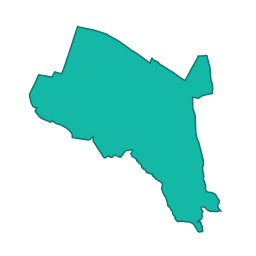 outline of Miguel Hidalgo, Distrito Federal, Mexico, rotated 277°
{"feature_id": "50627088B27674873291342", "entity_name": "Miguel Hidalgo", "entity_type": "district", "adm_level": 2, "iso_a3": "MEX", "parent_name": "Mexico", "parent_adm1": "Distrito Federal", "projection": "natural_earth1", "projection_center": [-99.216, 19.43], "detail": "fine", "context": "isolated", "style": "filled", "palette": "teal", "viewbox_px": 256, "rotation_deg": 277, "n_neighbors": 0, "source": "geoboundaries", "source_scale": "gbopen_adm2", "svg_char_len": 5628}
<svg xmlns="http://www.w3.org/2000/svg" viewBox="0 0 256 256"><g transform="rotate(277 128 128)"><path d="M137.6,31.1L136.9,35.0L133.6,33.8L131.5,35.4L129.9,37.5L129.4,38.0L128.5,38.6L128.3,38.6L128.1,40.0L127.9,40.6L127.8,40.8L127.5,40.8L127.1,40.7L124.3,50.5L126.1,51.6L123.6,56.3L123.4,58.4L123.0,60.6L121.8,63.4L120.9,66.1L119.0,69.2L118.0,70.6L116.8,72.0L115.7,72.7L114.5,73.5L113.2,73.7L112.1,73.9L111.7,73.9L111.7,77.0L111.4,82.9L111.3,89.6L111.5,90.5L111.7,90.9L111.9,91.4L112.5,92.2L113.2,92.8L115.0,93.9L115.1,94.0L115.3,94.3L115.2,94.4L114.2,94.6L112.6,94.9L111.4,95.0L110.5,95.3L109.8,95.9L107.8,97.6L104.6,100.2L96.2,107.3L95.7,107.8L95.6,108.1L95.6,108.5L95.6,109.0L97.6,111.3L97.5,112.7L96.8,115.0L96.9,115.3L97.0,115.7L97.2,116.0L97.4,116.3L99.0,117.4L99.4,117.7L99.5,118.0L99.5,118.5L99.0,120.8L98.5,121.9L98.2,122.8L98.1,123.5L98.1,123.8L98.2,124.1L98.4,124.3L98.8,124.7L101.4,126.1L104.6,128.1L105.0,128.4L105.2,128.6L105.3,128.8L105.4,129.1L105.5,129.4L106.0,131.6L106.3,132.6L106.6,133.5L107.1,133.9L107.1,134.1L107.0,134.3L106.6,134.9L106.4,135.2L106.2,135.6L104.2,134.6L102.8,134.0L102.1,134.5L100.9,135.2L100.4,135.6L100.1,136.0L99.7,136.9L99.2,138.3L98.4,139.6L98.2,139.9L97.8,140.4L97.5,140.6L96.8,140.6L96.4,140.8L96.2,141.0L96.1,141.7L96.2,142.0L95.3,142.3L95.0,142.5L94.9,142.8L94.6,143.1L94.4,143.6L94.1,144.2L94.0,144.4L93.6,144.8L93.1,145.4L92.5,145.6L92.4,145.9L91.7,146.3L91.2,146.3L90.9,146.4L90.4,146.5L90.2,146.7L90.1,146.9L90.0,147.6L89.8,148.2L89.5,148.5L89.3,148.6L88.8,148.8L88.8,149.1L88.7,149.8L88.6,150.1L88.3,150.5L87.8,150.8L87.3,151.0L87.2,151.5L87.1,151.9L86.7,152.0L86.2,151.8L86.0,152.2L86.1,152.8L86.0,153.1L85.8,153.8L85.9,154.3L85.8,154.5L85.7,154.8L85.5,155.6L85.3,155.7L85.3,156.4L84.8,158.5L84.5,158.2L84.2,158.1L83.9,158.1L83.5,158.2L83.3,158.5L83.0,158.9L82.8,159.9L81.2,161.2L80.9,161.6L80.7,162.1L80.2,163.3L79.1,165.4L78.3,167.5L78.0,167.9L77.5,168.3L76.9,168.7L75.4,169.2L74.9,169.1L74.3,169.1L73.0,168.7L72.4,168.7L71.9,168.8L70.6,169.4L67.6,170.8L66.3,172.0L65.6,172.2L64.9,172.6L63.9,174.0L62.3,174.6L59.2,176.0L57.4,176.6L56.5,176.7L55.8,177.0L55.4,177.4L55.1,177.9L54.6,178.4L54.1,179.1L53.7,179.6L52.4,180.3L51.8,180.8L51.4,181.5L50.7,182.2L49.2,182.6L48.1,183.1L46.9,183.8L45.9,185.3L43.9,185.8L42.9,186.5L42.0,187.5L41.1,188.8L41.5,189.9L41.9,191.1L41.9,191.8L41.9,192.5L41.9,192.8L42.2,193.6L42.1,194.5L42.0,195.6L41.9,196.3L41.9,197.0L42.2,198.3L42.2,199.1L42.2,200.2L41.3,203.5L40.0,205.3L35.9,208.7L34.2,209.7L33.8,210.0L33.7,210.2L33.5,210.5L33.5,210.8L33.6,211.8L34.0,213.0L34.2,214.1L34.2,214.3L34.3,214.5L35.0,214.8L35.4,214.7L35.8,214.2L36.0,214.1L39.4,213.8L39.6,213.7L40.5,212.7L40.8,212.5L41.0,212.4L41.3,212.3L42.1,212.2L42.5,212.0L43.0,211.8L43.5,211.4L43.8,211.2L43.9,210.8L43.9,210.6L43.0,209.4L42.9,209.2L42.8,208.9L42.8,208.6L42.8,208.4L43.0,208.3L43.5,208.4L44.0,208.8L44.8,209.5L46.2,211.2L46.6,211.7L46.7,212.0L46.8,212.1L47.5,212.2L48.8,212.4L49.6,212.4L50.0,212.3L50.8,211.9L51.3,211.8L52.1,211.9L52.8,212.0L53.3,212.2L54.0,212.5L54.4,212.4L54.7,212.2L56.1,210.8L56.5,210.5L56.8,210.4L57.1,210.4L58.0,210.5L58.3,210.7L58.7,211.2L58.9,211.8L58.9,212.2L58.8,213.0L58.5,214.3L58.1,214.8L57.0,215.9L56.8,216.1L56.3,217.3L55.7,218.6L55.5,219.1L55.4,219.5L55.8,225.9L55.9,226.4L56.5,228.0L56.9,228.6L57.1,229.0L57.2,229.4L57.1,229.9L59.9,227.2L60.4,226.9L61.4,226.5L62.0,226.5L62.8,226.6L65.0,227.5L65.9,227.6L66.4,227.6L66.9,227.4L68.1,226.6L69.5,225.2L70.0,224.8L71.3,224.0L71.8,223.6L72.4,223.1L72.9,222.5L73.2,221.9L73.4,221.4L74.1,218.8L74.2,218.0L74.1,215.1L74.2,214.7L74.3,214.2L74.6,213.9L76.1,212.5L76.5,212.3L76.9,212.1L77.4,212.1L77.9,212.1L79.1,212.2L79.6,212.2L80.0,212.1L80.5,212.0L81.1,211.7L86.3,209.2L86.8,209.0L87.5,209.0L88.9,209.1L89.4,209.1L89.8,209.0L90.2,208.9L92.0,208.2L95.5,207.3L97.2,206.9L97.9,206.9L99.7,207.2L101.8,207.3L104.6,206.8L107.6,205.7L115.4,202.7L118.9,201.2L121.8,200.2L122.5,199.8L123.7,199.2L125.4,198.2L126.1,197.7L129.5,196.5L130.3,196.2L135.6,195.2L142.1,194.2L147.3,193.5L148.2,193.2L149.1,192.8L151.9,191.6L154.4,190.3L154.8,190.1L155.7,189.9L160.0,189.3L161.8,189.0L166.4,188.4L166.4,189.6L166.1,193.3L166.2,193.9L166.4,194.5L166.5,194.9L167.0,195.4L168.2,196.5L168.5,196.9L169.1,198.0L169.5,198.7L170.9,202.5L171.6,204.5L172.6,207.4L173.7,207.3L175.5,207.2L177.7,207.3L177.9,207.3L180.2,206.6L181.5,206.2L182.4,206.1L185.6,204.7L186.0,204.4L186.3,204.2L187.1,204.1L188.1,203.9L188.6,203.9L191.4,203.2L192.6,203.3L199.2,201.6L201.2,200.5L209.3,197.6L209.4,197.3L209.4,196.7L209.4,196.4L208.6,193.0L208.2,190.7L208.0,189.0L206.8,188.7L205.0,188.0L197.9,185.2L194.5,183.7L190.8,182.3L185.6,180.3L182.0,178.9L183.5,175.4L184.7,173.0L185.5,171.7L186.2,170.4L187.2,168.3L187.8,167.5L189.5,164.2L190.9,160.9L194.2,154.0L194.6,153.0L194.8,152.2L195.4,151.8L196.1,150.5L196.4,150.2L196.6,150.1L196.9,150.0L197.2,149.5L197.4,149.2L197.6,148.2L197.7,147.9L197.6,147.7L197.8,147.1L199.0,144.5L199.1,144.3L199.3,144.2L199.5,144.1L200.2,143.4L200.1,143.2L199.9,143.0L199.0,142.7L198.4,142.7L197.9,142.7L195.1,142.1L198.0,136.7L202.7,128.3L205.8,121.6L206.7,119.9L209.0,115.8L210.8,112.5L212.5,109.4L213.1,108.2L216.3,100.5L217.2,98.0L218.2,96.0L218.5,95.4L218.6,95.0L219.4,91.0L221.3,80.6L221.4,76.3L221.6,74.3L222.3,67.0L222.5,65.6L195.5,60.4L194.4,60.2L192.8,59.8L190.6,59.3L188.3,58.9L186.5,58.5L184.3,58.1L182.4,57.6L180.0,57.2L179.8,57.2L173.7,55.5L174.2,51.8L174.7,48.4L172.4,47.6L169.3,46.4L169.9,32.9L168.0,32.2L162.6,30.7L160.6,30.0L156.0,28.4L151.5,26.8L149.7,26.2L149.0,26.1L146.4,26.9L144.2,27.7L141.2,28.8L138.2,30.8L137.6,31.1Z" fill="#14b8a6" stroke="#0f766e" stroke-width="1.5"/></g></svg>